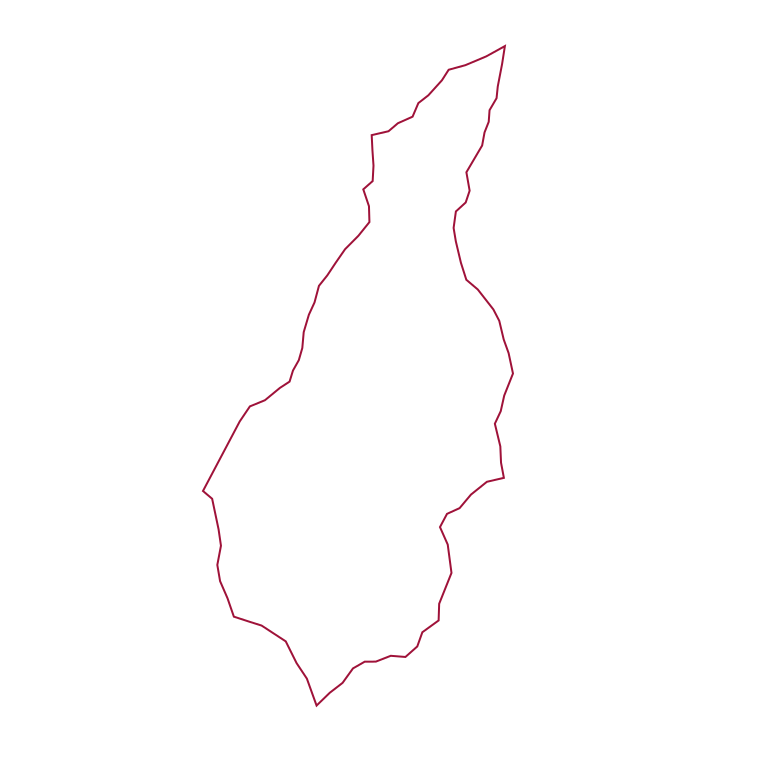 Santa Salete, São Paulo, Brazil (orthographic projection), rotated 163°
{"feature_id": "56859067B39961263989450", "entity_name": "Santa Salete", "entity_type": "district", "adm_level": 2, "iso_a3": "BRA", "parent_name": "Brazil", "parent_adm1": "São Paulo", "projection": "orthographic", "projection_center": [-50.728, -20.265], "detail": "fine", "context": "isolated", "style": "outline", "palette": "rose", "viewbox_px": 768, "rotation_deg": 163, "n_neighbors": 0, "source": "geoboundaries", "source_scale": "gbopen_adm2", "svg_char_len": 1281}
<svg xmlns="http://www.w3.org/2000/svg" viewBox="0 0 768 768"><g transform="rotate(163 384 384)"><path d="M296.8,259.2L295.1,274.5L291.0,290.3L289.6,313.6L280.3,323.9L272.4,337.8L257.6,356.3L255.8,377.1L256.5,391.6L255.3,410.7L257.6,423.3L266.7,447.0L274.8,459.6L275.0,477.4L273.6,499.4L271.8,512.9L264.8,528.0L252.8,533.7L245.6,543.8L243.3,562.4L220.4,583.4L214.3,595.2L207.2,604.1L203.0,615.0L192.8,624.4L188.2,635.3L177.5,655.5L169.6,671.8L190.5,667.4L213.0,665.1L230.3,665.6L239.8,657.5L257.2,647.1L269.0,642.6L278.5,631.3L294.5,629.3L305.8,624.4L323.0,625.6L326.7,611.0L330.2,595.9L335.5,581.4L346.9,576.2L346.4,558.4L350.6,543.1L365.2,533.2L381.8,524.3L394.6,514.2L406.4,504.5L417.5,496.9L426.6,482.3L435.6,472.2L445.6,457.1L451.6,442.3L458.5,431.7L467.1,423.5L473.6,413.9L484.7,410.7L502.6,403.3L518.8,401.8L532.9,390.4L588.4,334.6L581.9,324.5L584.7,293.3L587.2,277.0L596.3,259.7L598.4,243.4L596.3,224.9L595.6,205.4L581.9,195.8L571.7,188.8L553.2,166.6L549.2,142.6L543.9,124.8L542.5,96.2L526.1,104.6L511.0,110.3L496.8,121.1L483.6,124.1L473.0,120.9L457.0,122.1L443.3,116.7L428.9,123.3L419.9,135.4L400.9,141.9L395.5,157.7L374.7,183.6L370.0,211.8L372.3,230.8L361.7,241.4L348.0,243.2L333.2,252.8L314.2,260.4L296.8,259.2Z" fill="none" stroke="#9f1239" stroke-width="2"/></g></svg>